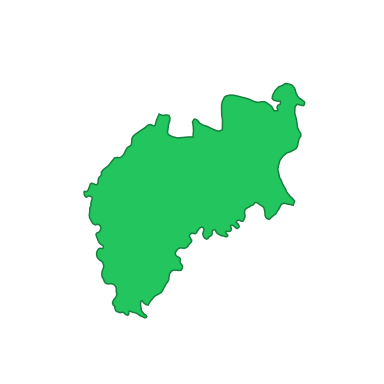 Valozhyn, Minsk, Belarus, rotated 117°
{"feature_id": "67162791B19881563690612", "entity_name": "Valozhyn", "entity_type": "district", "adm_level": 2, "iso_a3": "BLR", "parent_name": "Belarus", "parent_adm1": "Minsk", "projection": "orthographic", "projection_center": [26.67, 54.05], "detail": "fine", "context": "isolated", "style": "filled", "palette": "green", "viewbox_px": 384, "rotation_deg": 117, "n_neighbors": 0, "source": "geoboundaries", "source_scale": "gbopen_adm2", "svg_char_len": 5712}
<svg xmlns="http://www.w3.org/2000/svg" viewBox="0 0 384 384"><g transform="rotate(117 192 192)"><path d="M292.0,247.9L293.4,246.5L294.6,243.4L294.6,242.0L295.3,239.8L297.5,237.3L300.0,236.4L302.9,236.2L305.5,235.4L308.4,233.6L309.8,231.4L311.3,229.7L312.3,228.1L312.4,226.2L311.7,224.5L310.6,222.7L310.0,221.2L310.1,218.8L311.0,216.8L312.7,215.4L314.6,214.6L316.0,213.6L317.1,212.6L319.3,212.1L321.4,212.2L323.2,212.9L325.2,212.8L326.9,212.5L328.5,210.9L328.9,209.1L331.1,207.5L332.6,205.5L332.6,204.3L332.3,201.8L331.7,200.6L330.7,199.3L330.5,198.0L331.1,196.2L331.3,194.9L330.9,193.2L329.7,193.0L329.0,193.1L328.3,193.7L326.6,193.9L326.3,193.0L326.2,191.3L326.1,190.1L325.7,188.9L325.3,187.8L325.3,185.1L325.4,184.3L325.8,182.1L325.6,179.6L325.6,177.1L324.6,175.8L323.4,175.8L322.8,176.8L322.6,178.8L321.0,182.8L319.3,184.1L317.4,185.6L315.4,186.9L312.6,188.0L311.6,187.3L312.1,185.8L312.7,184.8L313.0,183.0L313.2,181.5L312.7,179.8L311.0,179.7L308.2,179.5L304.9,178.6L302.9,178.4L300.1,176.9L298.4,175.6L295.3,173.7L293.8,173.5L291.0,173.5L289.5,173.5L286.6,173.4L285.5,173.4L283.3,172.9L280.7,172.9L278.9,173.6L277.4,174.2L275.7,174.7L274.1,174.9L270.8,173.8L269.8,172.4L268.8,170.5L268.1,168.6L267.1,166.7L266.3,166.0L265.2,166.1L264.3,166.1L263.4,166.3L262.3,166.8L261.6,167.8L261.0,169.1L260.5,170.1L259.8,170.8L258.7,171.3L257.6,171.5L256.7,172.4L256.2,173.7L256.2,176.1L255.9,177.5L254.5,178.9L252.8,179.3L249.6,178.9L247.2,177.3L246.3,175.0L245.6,173.1L243.6,171.5L242.3,171.1L241.1,171.1L238.0,170.2L236.8,169.9L235.0,170.4L234.2,171.9L233.4,173.2L232.4,174.3L231.0,174.6L228.8,173.6L228.3,171.7L227.8,170.4L226.6,169.5L224.6,169.5L221.3,169.0L219.1,167.8L218.5,166.2L220.0,164.3L221.9,163.9L224.2,163.5L226.0,162.0L227.2,160.3L227.5,157.8L226.0,156.5L224.4,156.6L223.2,155.7L221.4,154.9L220.1,155.0L218.5,156.0L217.3,156.3L215.7,155.5L215.3,154.2L216.3,152.8L217.0,151.8L217.4,150.7L217.6,148.4L217.6,145.7L216.7,143.9L216.7,141.8L215.9,140.6L215.2,140.2L214.1,140.7L213.7,141.8L213.2,143.4L212.3,143.5L211.4,143.5L211.1,143.0L210.8,142.1L210.3,141.0L209.3,140.0L208.1,139.9L207.4,139.9L206.0,141.0L205.2,142.2L204.2,142.2L203.1,141.1L203.4,139.0L203.9,137.7L204.2,136.4L204.0,135.0L202.3,134.2L201.3,134.2L199.8,135.9L199.6,136.8L199.2,138.5L197.8,138.9L196.3,138.6L195.7,137.2L195.7,135.9L195.6,134.7L194.9,133.4L193.1,133.2L191.5,133.2L189.6,133.7L188.3,134.5L187.3,135.3L186.0,136.1L184.2,136.6L183.1,136.7L180.4,135.1L178.8,133.8L177.4,133.3L175.9,131.8L174.3,131.3L173.1,131.3L172.1,129.8L172.1,128.2L172.4,126.7L172.7,124.2L172.7,122.7L173.7,120.5L175.5,119.0L177.6,117.4L179.7,116.3L181.2,114.5L181.7,112.9L181.3,110.9L180.5,110.3L178.8,109.9L177.0,109.1L175.8,108.6L173.7,107.5L171.9,107.3L170.6,107.3L168.3,106.9L165.7,106.9L163.1,106.9L161.5,106.2L160.5,105.2L159.7,103.4L159.5,101.5L158.6,98.8L157.9,95.8L156.3,96.1L153.5,96.4L152.0,99.9L151.4,102.3L150.3,104.8L149.1,107.5L146.9,110.1L144.0,114.5L140.3,118.9L139.3,120.6L135.5,123.6L132.9,125.9L128.5,127.1L124.2,128.0L118.7,127.3L113.9,125.1L112.0,123.0L108.8,120.7L106.1,119.0L103.1,118.9L100.8,119.6L99.1,120.0L96.3,120.8L92.7,120.4L90.4,121.8L89.1,124.1L86.8,127.1L79.9,131.9L75.3,136.1L73.1,137.2L69.5,138.8L66.3,138.4L65.5,135.8L65.1,133.5L64.3,131.8L62.6,131.6L60.7,132.6L60.4,134.1L59.8,137.0L59.8,139.2L58.7,141.3L56.3,144.6L53.8,146.7L53.0,147.8L52.7,148.2L51.4,151.4L51.6,153.9L53.0,158.2L56.4,160.1L58.9,162.5L64.2,164.0L69.3,164.0L72.3,163.0L73.1,161.1L72.5,157.7L70.9,154.5L72.4,153.7L73.8,153.3L75.7,154.8L77.9,154.8L80.2,152.5L81.3,153.5L82.3,155.7L79.7,159.7L79.1,162.6L78.6,166.2L78.6,168.6L80.3,171.3L82.2,173.9L83.2,178.0L83.2,180.3L83.6,185.0L84.8,189.9L85.6,193.9L86.7,198.4L88.3,202.0L90.5,204.8L92.6,206.1L97.5,206.1L101.1,205.1L104.9,203.2L110.0,200.4L114.3,197.3L117.5,195.8L120.9,194.1L123.0,193.3L125.6,195.6L126.4,199.2L126.6,203.3L126.6,208.0L127.4,212.4L127.2,216.5L126.1,218.6L125.5,220.5L125.9,223.1L127.6,223.3L129.5,223.3L131.6,221.6L134.6,219.7L137.4,218.2L139.7,217.4L142.7,215.9L143.6,218.5L145.7,221.9L148.2,225.9L150.3,229.1L151.6,234.3L151.6,239.2L149.7,241.1L145.2,242.5L142.4,243.6L138.6,244.2L135.6,245.5L134.3,247.4L134.9,249.7L136.8,252.5L137.4,254.3L137.5,256.7L139.7,256.5L142.4,256.4L143.8,256.3L146.5,255.8L148.4,255.3L149.8,255.3L150.6,256.2L150.6,257.3L150.6,259.2L151.7,260.9L152.8,261.7L154.4,262.5L156.6,263.3L157.9,264.2L159.7,265.1L161.3,266.1L164.3,267.6L166.5,268.8L168.5,269.6L170.0,269.9L171.9,269.7L173.2,269.1L175.0,268.4L176.6,267.8L178.4,267.7L180.9,269.3L182.3,269.9L184.2,270.0L187.9,269.9L189.1,269.9L192.4,270.6L194.0,271.7L194.8,273.3L195.2,274.4L196.8,276.5L197.9,276.7L199.9,277.1L202.1,277.6L204.4,278.0L206.9,278.6L209.2,279.7L211.0,280.6L212.5,281.2L214.5,281.7L215.4,281.8L216.6,281.2L217.5,280.6L219.2,280.7L220.8,281.3L221.8,281.5L223.2,281.3L225.4,280.3L227.2,279.8L228.7,280.2L229.2,281.1L229.4,283.6L229.6,285.1L230.6,286.1L231.9,286.1L233.2,285.9L234.2,285.7L235.3,285.7L236.9,285.5L237.9,285.5L239.4,285.9L239.8,286.8L240.1,288.1L241.2,288.2L242.1,287.6L243.8,286.2L244.5,284.9L244.5,283.6L243.4,283.1L242.3,282.2L241.9,280.3L242.2,278.6L243.7,277.7L245.3,277.6L246.9,277.3L248.7,276.6L250.3,275.8L252.6,275.8L255.1,274.6L256.8,273.9L258.7,273.3L259.6,272.8L261.4,271.6L262.3,270.2L264.0,267.9L264.8,266.7L265.3,264.7L265.2,263.1L264.1,262.1L263.5,261.2L263.5,259.7L263.7,258.6L265.1,257.0L266.2,256.6L267.7,256.4L269.0,256.4L270.5,257.0L271.5,258.1L272.6,258.3L273.6,258.2L275.0,256.8L276.2,255.5L277.3,254.3L278.8,252.5L279.5,251.2L280.0,249.3L280.2,247.1L280.9,246.1L282.5,245.7L283.2,246.2L283.5,247.6L284.3,248.9L285.5,249.5L287.3,249.6L288.0,249.6L289.7,249.3L292.0,248.0L292.0,247.9Z" fill="#22c55e" stroke="#15803d" stroke-width="1.5"/></g></svg>